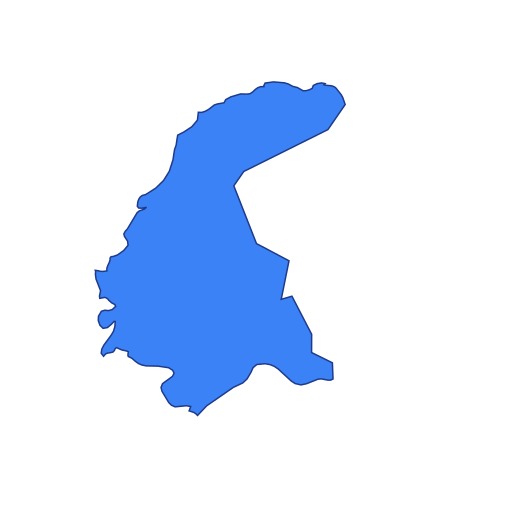 Lofa, Natural Earth projection, rotated 223°
{"feature_id": "LBR-787", "entity_name": "Lofa", "entity_type": "County", "adm_level": 1, "iso_a3": "LBR", "parent_name": "Liberia", "parent_adm1": "", "projection": "natural_earth1", "projection_center": [-9.763, 7.877], "detail": "fine", "context": "isolated", "style": "filled", "palette": "blue", "viewbox_px": 512, "rotation_deg": 223, "n_neighbors": 0, "source": "natural_earth", "source_scale": "10m", "svg_char_len": 2403}
<svg xmlns="http://www.w3.org/2000/svg" viewBox="0 0 512 512"><g transform="rotate(223 256 256)"><path d="M115.8,218.6L116.7,216.2L118.7,214.3L124.4,210.7L126.7,208.1L131.9,197.1L135.2,192.4L140.4,189.4L144.8,188.6L162.7,188.5L167.3,187.8L171.6,186.2L175.9,183.4L181.4,177.2L182.0,172.4L180.3,167.3L178.7,160.0L179.1,154.2L183.0,144.4L189.9,112.8L190.0,99.5L192.4,99.6L194.8,99.2L199.3,97.1L201.1,101.4L204.8,99.0L212.3,90.5L216.1,89.2L219.8,89.3L232.4,92.9L235.8,95.1L237.3,98.9L235.0,111.0L236.0,114.4L239.0,115.6L243.7,114.7L252.6,108.6L261.3,100.8L265.0,98.5L268.6,97.2L272.3,96.7L276.6,96.6L277.7,96.4L280.9,95.4L281.9,96.0L282.9,97.2L284.0,98.9L286.0,98.2L290.0,95.8L295.5,93.9L295.8,92.2L295.1,90.3L295.1,88.2L296.6,85.9L298.2,84.0L299.2,81.9L299.1,78.7L302.9,79.3L305.2,82.6L306.5,87.1L307.9,99.2L308.9,103.8L311.2,108.3L314.3,112.1L315.2,111.4L315.2,107.7L315.8,102.4L318.5,98.8L322.9,98.9L327.3,101.2L330.2,104.6L331.4,110.1L329.6,113.2L326.6,115.5L324.6,118.8L324.3,123.5L326.2,124.2L329.6,123.3L333.4,123.2L335.2,123.5L337.1,123.2L338.7,122.3L339.8,120.6L341.4,118.5L343.2,120.0L346.0,124.6L357.2,130.0L361.1,133.2L362.6,135.2L363.8,135.9L361.1,137.8L360.1,138.2L358.7,139.2L357.3,140.5L354.9,143.3L356.9,145.6L358.0,148.3L358.9,151.1L360.1,153.7L361.2,154.8L361.6,156.0L361.2,157.1L360.1,158.3L358.0,162.4L356.5,169.7L356.9,176.6L360.1,179.3L365.5,180.6L367.7,182.0L368.5,185.0L368.5,188.0L372.5,206.7L372.1,209.4L369.7,214.0L369.3,217.0L372.0,213.2L374.4,211.1L376.7,211.4L379.3,214.9L380.5,217.7L380.9,220.4L380.4,222.9L378.8,225.3L378.5,226.1L375.6,237.3L375.1,248.2L377.2,258.9L382.3,269.7L388.1,278.2L390.0,282.6L393.0,286.9L395.7,291.0L393.3,297.6L391.1,306.8L391.5,315.4L396.2,321.8L393.7,323.9L391.8,327.2L390.6,331.1L389.5,338.0L387.9,340.9L383.9,346.2L384.8,349.8L382.9,355.3L377.8,364.0L373.3,368.0L371.1,370.5L370.3,373.7L370.1,377.2L369.5,380.2L368.2,382.9L365.7,385.3L366.5,386.0L366.8,386.9L367.0,387.8L367.3,388.7L361.9,395.3L353.4,402.0L349.8,403.8L344.9,405.1L340.5,407.5L334.4,408.9L332.2,410.9L330.5,413.7L329.2,416.9L330.4,419.8L328.9,423.7L326.1,427.3L323.0,429.2L323.0,427.6L321.1,428.7L317.3,431.7L315.4,432.7L313.3,433.3L311.8,433.3L303.8,432.1L300.7,431.1L294.1,427.6L289.6,397.5L322.6,309.5L320.1,292.2L264.1,265.4L228.6,275.0L208.0,241.5L202.3,251.1L161.9,236.7L149.5,223.3L127.3,230.0L115.8,218.6Z" fill="#3b82f6" stroke="#1e3a8a" stroke-width="1.5"/></g></svg>